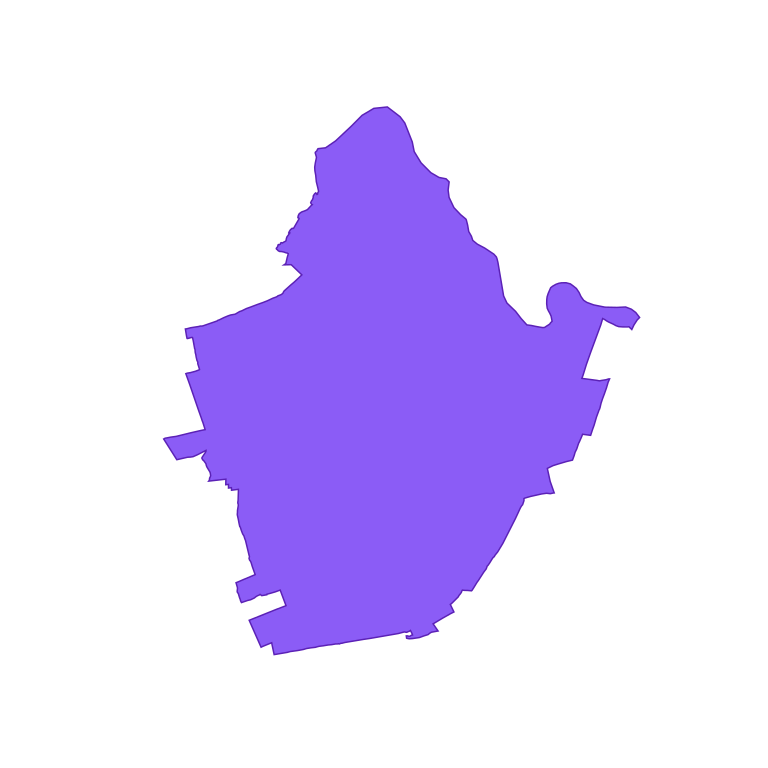 Bratovoesti, Dolj, Romania, rotated 146°
{"feature_id": "2599482B58012097168459", "entity_name": "Bratovoesti", "entity_type": "district", "adm_level": 2, "iso_a3": "ROU", "parent_name": "Romania", "parent_adm1": "Dolj", "projection": "robinson", "projection_center": [23.927, 44.119], "detail": "fine", "context": "isolated", "style": "filled", "palette": "violet", "viewbox_px": 768, "rotation_deg": 146, "n_neighbors": 0, "source": "geoboundaries", "source_scale": "gbopen_adm2", "svg_char_len": 6171}
<svg xmlns="http://www.w3.org/2000/svg" viewBox="0 0 768 768"><g transform="rotate(146 384 384)"><path d="M307.1,616.0L308.3,615.5L309.4,614.8L311.1,614.6L311.8,614.1L312.9,610.6L313.3,609.6L314.5,608.4L317.3,605.7L320.2,602.5L322.1,599.3L323.9,595.2L327.0,589.5L329.1,583.8L330.5,580.3L332.2,579.4L332.9,578.5L333.6,578.6L333.6,579.7L333.7,580.6L334.2,580.6L335.0,580.5L335.9,580.2L337.6,579.4L338.2,578.4L340.1,576.9L341.8,576.3L343.4,575.3L343.5,574.7L343.5,573.6L343.2,572.8L344.4,572.7L349.9,571.4L351.5,571.6L353.5,572.0L355.6,572.6L356.6,572.7L359.0,572.6L360.7,571.7L361.8,570.7L362.4,570.0L362.0,569.5L361.9,568.7L362.4,568.3L371.8,563.7L372.2,563.7L372.9,564.1L373.0,564.4L373.3,564.5L374.1,564.3L375.1,564.3L377.2,563.4L378.3,562.7L377.6,562.0L378.2,561.5L378.9,561.7L379.9,561.0L380.9,560.7L382.3,560.2L383.8,559.0L384.7,558.0L385.3,557.5L386.6,557.5L387.8,557.7L389.3,557.7L389.8,558.4L390.3,558.7L391.0,558.6L391.6,558.0L392.5,557.9L393.3,558.3L393.5,558.6L394.2,558.5L394.9,557.7L396.0,557.1L397.0,556.9L397.6,556.5L397.7,555.9L397.4,555.1L397.2,553.7L396.5,552.3L394.9,551.1L393.4,549.6L391.7,547.3L391.0,546.7L390.5,545.6L391.8,544.4L393.4,543.1L398.1,538.7L400.3,538.7L394.2,534.8L391.1,520.4L401.5,518.7L406.1,518.2L414.7,517.0L415.9,516.5L416.8,515.9L417.6,515.7L419.2,515.6L421.0,516.0L422.5,516.4L423.9,516.3L425.1,516.5L428.2,517.3L434.1,518.2L438.6,519.2L444.4,520.7L451.6,522.4L455.9,523.5L461.0,524.2L463.2,524.8L468.3,525.1L472.6,527.0L475.2,527.7L479.7,528.6L484.8,529.3L486.0,529.7L487.0,529.6L489.4,530.2L501.4,533.4L502.7,533.9L503.3,534.4L504.0,534.8L505.7,535.4L512.7,538.7L516.7,540.1L517.9,540.7L520.8,534.4L521.8,531.9L521.7,531.7L521.1,531.4L517.8,530.3L517.0,529.9L516.8,529.6L516.9,529.3L517.9,526.7L520.9,519.9L521.2,519.3L521.2,518.9L521.4,518.3L521.7,517.7L522.1,517.1L523.0,515.4L523.6,513.6L524.6,511.5L525.9,508.1L526.1,506.4L526.3,505.9L526.7,505.5L527.1,504.8L528.7,499.4L528.9,499.1L529.8,499.2L533.2,500.0L538.2,501.7L541.0,503.0L542.5,503.4L545.3,492.4L552.6,465.3L554.6,457.5L555.2,455.5L555.6,453.6L557.8,446.2L561.9,447.9L570.4,451.2L585.6,456.8L590.5,459.2L594.3,460.8L595.8,461.5L597.4,461.6L598.1,437.1L587.7,433.1L585.4,431.7L582.9,430.5L578.4,429.7L568.7,428.5L569.1,427.9L570.2,427.2L575.6,425.0L576.4,424.5L576.6,423.6L576.7,422.4L576.4,421.5L576.3,420.7L576.2,417.7L576.5,416.7L576.9,415.7L577.2,414.4L577.4,410.9L577.5,408.8L577.7,407.6L578.9,405.0L579.6,404.4L581.2,403.5L582.4,402.1L582.8,401.8L583.6,401.5L568.3,393.5L571.5,389.0L569.1,387.7L571.1,384.7L568.5,383.4L569.8,381.2L563.6,378.1L564.7,376.5L569.9,369.3L571.3,367.7L571.8,367.0L572.0,366.1L572.4,365.4L572.8,364.7L576.1,361.2L577.6,359.1L578.4,358.2L578.9,357.3L580.5,353.2L581.9,350.0L583.3,346.5L583.2,345.7L584.2,342.3L585.0,338.8L585.1,336.3L585.9,333.7L586.3,331.8L586.8,330.4L591.7,317.3L591.9,316.5L592.2,316.0L593.4,314.9L593.9,313.2L593.8,312.0L594.0,310.4L595.3,306.2L597.4,298.0L610.0,300.5L614.9,301.4L617.8,302.0L618.8,298.9L619.3,297.4L619.6,296.7L621.6,294.3L622.0,293.6L622.0,291.6L623.3,287.5L623.7,285.6L623.9,285.2L624.2,284.2L624.4,282.5L618.1,280.8L615.2,279.7L611.1,279.1L609.2,279.3L607.2,279.2L605.5,278.8L604.4,278.9L603.7,276.9L599.0,274.8L598.7,275.2L595.2,274.0L590.5,272.5L585.3,271.2L589.2,255.0L599.0,257.3L627.9,263.5L633.1,234.5L631.4,234.3L627.5,233.5L622.7,232.5L621.8,232.3L622.5,230.7L626.4,221.1L614.3,215.6L611.3,214.6L604.6,211.3L599.3,209.0L596.1,208.0L592.2,206.2L588.2,204.1L586.3,203.5L584.4,202.8L580.7,200.9L576.3,198.9L573.2,197.2L569.6,195.6L567.7,194.4L566.9,194.1L566.6,193.6L566.0,193.3L565.1,193.3L563.6,192.5L561.0,191.6L543.5,183.6L538.1,181.0L534.1,179.2L511.6,169.1L505.8,167.1L504.4,165.7L503.9,165.4L502.5,165.2L501.6,164.9L499.9,164.9L500.3,161.5L500.7,160.0L501.8,160.4L503.4,160.4L504.3,160.8L505.3,162.0L506.4,162.7L507.4,160.6L507.1,160.2L505.6,158.7L502.7,157.0L496.4,154.0L491.6,152.8L487.6,151.6L485.5,151.8L483.5,151.7L477.3,149.0L477.4,157.7L466.3,157.1L457.4,156.4L453.5,155.9L452.3,164.2L451.1,164.2L449.7,164.4L441.5,166.0L440.0,166.8L438.5,167.2L436.6,167.9L436.1,168.2L435.0,169.0L434.3,169.3L432.8,168.0L430.0,166.0L427.1,163.6L426.4,163.7L423.4,165.0L417.7,167.6L415.7,168.3L406.6,172.2L404.6,172.9L402.8,173.5L401.9,174.1L401.1,174.7L400.4,175.3L399.2,175.5L396.6,176.5L391.5,178.8L390.1,179.2L389.0,179.2L388.2,179.8L383.7,181.2L374.6,185.4L350.2,199.0L344.7,202.3L341.6,204.2L339.7,205.3L337.9,206.1L336.6,206.4L333.2,209.0L332.0,210.8L330.8,210.6L325.3,208.8L314.8,204.7L310.3,202.5L307.5,200.1L306.8,199.8L304.9,199.1L303.8,198.5L300.7,210.3L295.8,222.7L289.5,221.8L284.1,220.2L275.9,217.6L270.3,215.5L266.4,218.3L263.8,220.5L260.5,222.4L255.7,226.1L254.5,226.7L252.3,228.1L249.3,230.0L247.5,231.3L241.4,225.9L236.1,230.0L232.8,232.4L226.3,237.8L221.6,241.2L220.4,242.1L219.4,242.6L218.0,243.7L214.9,246.6L210.9,249.7L206.8,252.6L201.7,256.4L197.1,260.2L194.1,262.1L194.7,262.5L195.9,262.9L197.6,263.4L202.3,265.6L203.4,266.0L203.8,266.3L205.4,267.9L216.8,278.0L213.9,280.1L205.2,287.1L195.1,294.6L171.2,311.8L166.1,316.0L165.0,314.0L164.2,311.9L163.2,309.9L160.4,305.3L159.1,302.7L157.3,300.3L154.1,297.8L150.3,295.2L148.9,294.5L148.8,293.5L148.5,292.6L148.1,290.6L143.7,293.2L138.3,295.5L134.9,296.2L135.3,302.5L137.1,307.7L140.6,312.7L148.0,317.2L157.8,324.1L165.9,332.3L170.2,338.2L171.7,341.8L171.8,346.4L171.1,350.8L171.1,355.6L172.4,359.8L173.5,362.8L176.4,366.1L180.2,368.6L182.6,369.7L185.6,370.5L189.6,370.8L192.0,370.6L197.2,367.3L200.0,365.1L201.9,362.9L204.3,359.5L206.3,355.6L206.8,352.6L207.0,349.9L207.5,346.9L208.8,343.8L209.6,342.0L211.7,341.6L212.9,341.1L214.1,341.0L216.8,341.1L219.2,341.1L220.7,341.9L222.8,343.8L226.2,347.1L229.1,350.1L232.5,353.1L233.7,361.5L234.3,370.7L236.8,382.4L235.6,390.1L221.6,421.0L220.3,424.5L219.8,426.5L220.3,430.2L224.5,440.4L228.4,447.7L230.1,453.4L228.9,457.6L228.5,463.0L225.8,469.0L224.0,474.0L223.9,475.0L225.8,481.6L227.4,491.1L225.7,502.3L222.4,508.9L217.0,515.1L217.8,519.4L222.9,524.5L227.0,533.0L229.6,546.6L229.0,559.8L225.2,568.9L220.8,588.8L221.2,596.6L226.3,611.8L238.3,618.2L251.9,619.0L267.1,616.0L288.3,612.6L300.4,612.5L307.1,616.0Z" fill="#8b5cf6" stroke="#5b21b6" stroke-width="1.5"/></g></svg>